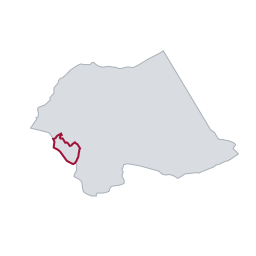 Lamwo highlighted on a map of Uganda, rotated 239°
{"feature_id": "UGA-5603", "entity_name": "Lamwo", "entity_type": "District", "adm_level": 1, "iso_a3": "UGA", "parent_name": "Uganda", "parent_adm1": "", "projection": "orthographic", "projection_center": [32.763, 3.511], "detail": "fine", "context": "in_parent", "style": "outline", "palette": "rose", "viewbox_px": 256, "rotation_deg": 239, "n_neighbors": 0, "source": "natural_earth", "source_scale": "10m", "svg_char_len": 2847}
<svg xmlns="http://www.w3.org/2000/svg" viewBox="0 0 256 256"><g transform="rotate(239 128 128)"><path d="M176.0,198.0L172.8,198.0L167.6,198.0L162.4,198.0L157.1,198.0L151.9,198.0L146.7,198.0L141.4,198.0L136.2,198.0L131.0,198.0L125.8,198.0L120.5,198.0L115.3,198.0L110.1,198.0L104.8,197.9L99.6,197.9L94.4,197.9L89.2,197.9L86.1,197.9L85.5,197.8L85.0,197.7L83.1,198.1L81.0,199.4L78.8,199.9L76.5,199.7L76.2,199.8L75.1,199.8L73.4,199.7L71.8,200.0L70.7,201.1L69.5,203.1L67.3,205.3L65.7,207.2L64.2,208.6L61.0,210.9L59.2,211.6L58.3,211.5L57.8,211.0L56.8,208.1L56.1,207.6L49.8,209.1L48.8,209.1L48.9,208.2L48.4,201.3L48.4,197.1L49.2,194.4L49.7,191.4L49.7,188.7L50.9,184.1L50.5,181.4L52.0,171.7L52.4,170.2L52.9,165.5L53.9,164.1L54.7,163.5L55.8,160.7L57.9,156.1L59.3,153.8L59.0,148.6L59.2,145.1L59.6,144.4L62.6,143.1L66.6,139.9L68.3,136.1L70.7,133.6L75.3,132.1L89.0,119.1L95.3,112.0L98.1,108.4L98.2,107.1L98.7,105.4L97.6,104.1L96.3,102.9L95.9,101.8L94.7,101.2L93.1,101.3L92.0,100.4L90.8,98.9L89.6,97.9L85.7,97.9L82.7,96.3L82.7,94.1L83.9,89.8L86.2,84.8L86.3,83.4L86.0,82.3L85.5,81.3L84.4,80.3L83.5,79.1L84.2,75.5L85.7,72.0L86.8,70.2L88.0,68.3L87.7,66.7L86.0,65.9L86.9,64.3L88.7,61.6L92.2,59.0L95.2,57.2L97.3,57.2L101.2,58.6L104.8,60.3L106.8,60.4L109.2,59.7L114.2,56.7L115.4,57.7L116.8,59.5L118.4,62.5L121.5,63.8L123.0,64.8L124.1,65.1L124.7,64.8L125.9,62.5L127.3,61.2L130.0,59.6L135.8,58.3L140.0,57.9L141.7,57.6L144.7,56.9L149.4,54.5L154.0,57.6L159.0,58.2L163.8,58.1L165.3,57.2L166.1,56.5L171.2,51.4L178.1,44.4L182.7,54.2L184.3,54.7L184.0,55.6L183.7,56.4L186.7,58.8L190.3,60.0L191.7,61.2L191.8,62.5L190.6,68.2L190.8,69.8L192.0,75.5L194.2,76.8L196.1,82.5L200.1,84.9L200.7,85.6L201.6,88.4L202.8,91.5L203.7,92.2L204.3,92.4L205.5,95.6L204.8,97.4L205.7,102.9L207.2,107.9L207.6,113.8L207.6,116.4L207.6,117.9L207.2,120.2L206.5,121.5L205.3,122.7L203.9,124.7L202.7,126.9L201.9,127.9L202.5,131.1L202.4,131.9L202.0,132.3L200.3,132.8L198.0,133.7L196.6,134.5L194.6,136.1L193.0,137.9L191.0,143.0L187.5,147.0L186.9,148.4L183.6,150.8L182.2,153.7L181.3,157.3L180.0,159.9L177.2,163.4L176.6,169.0L176.7,180.2L175.9,193.0L176.0,198.0Z" fill="#d9dde1" stroke="#a8b0b8" stroke-width="1"/><path d="M149.4,54.3L150.0,54.5L153.7,57.6L154.3,57.9L155.2,58.1L157.2,58.2L156.8,59.5L156.6,60.3L156.8,61.3L157.5,62.2L157.8,63.8L157.7,67.7L156.1,67.6L156.1,66.1L154.8,64.6L154.0,64.6L153.4,65.0L153.1,66.2L152.6,66.6L147.7,66.6L147.3,67.3L147.3,67.9L146.6,68.4L145.5,68.7L142.7,68.8L142.3,69.6L142.3,71.0L142.9,72.2L142.9,73.4L143.1,75.1L141.7,75.4L140.1,76.3L135.2,76.4L135.0,75.7L131.4,72.5L130.6,71.9L129.5,71.1L128.0,69.4L127.6,68.4L126.5,67.2L126.3,66.6L126.0,66.2L125.8,65.6L125.3,64.8L125.3,64.4L125.4,64.0L125.2,62.9L125.3,62.5L125.6,62.1L131.0,58.8L132.3,58.5L137.7,58.1L142.3,57.7L144.8,57.0L147.1,55.8L148.9,54.5L149.4,54.3Z" fill="none" stroke="#9f1239" stroke-width="2"/></g></svg>